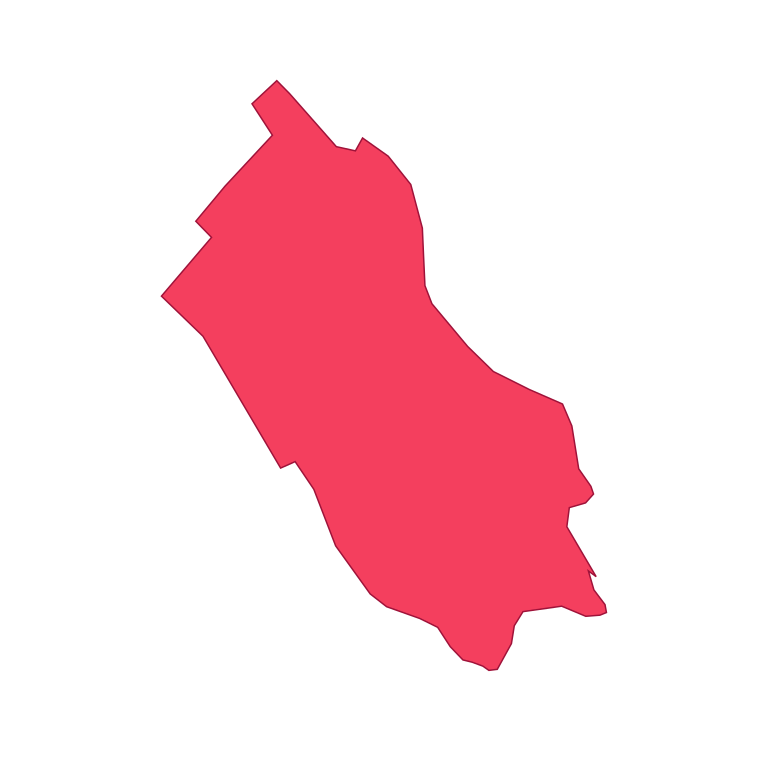 the border of Jaunjelgavas, rotated 57°
{"feature_id": "LVA-5732", "entity_name": "Jaunjelgavas", "entity_type": "Municipality", "adm_level": 1, "iso_a3": "LVA", "parent_name": "Latvia", "parent_adm1": "", "projection": "robinson", "projection_center": [25.345, 56.517], "detail": "fine", "context": "isolated", "style": "filled", "palette": "rose", "viewbox_px": 768, "rotation_deg": 57, "n_neighbors": 0, "source": "natural_earth", "source_scale": "10m", "svg_char_len": 838}
<svg xmlns="http://www.w3.org/2000/svg" viewBox="0 0 768 768"><g transform="rotate(57 384 384)"><path d="M71.2,308.7L89.3,305.0L159.0,294.7L172.9,281.0L166.0,268.0L195.2,256.4L231.3,252.9L250.8,259.3L274.1,266.9L298.7,281.4L323.8,296.1L342.8,300.1L398.1,293.4L433.1,285.5L467.8,265.1L498.0,245.2L521.5,249.3L561.2,266.9L582.5,266.2L590.4,268.2L593.5,279.7L588.6,295.9L603.3,308.4L661.1,311.0L652.1,314.4L671.0,320.1L689.4,318.8L696.8,321.9L695.5,328.8L688.7,341.3L667.1,356.0L650.6,391.4L657.7,406.4L671.1,418.5L685.0,444.4L681.3,452.0L674.4,454.8L665.2,461.7L658.4,468.1L640.4,471.5L617.3,471.5L600.0,481.8L572.2,503.1L552.6,509.9L493.4,512.7L434.1,500.2L400.7,500.8L398.2,516.5L245.4,509.8L189.1,522.8L167.1,448.8L145.0,453.2L131.5,409.6L114.6,342.1L77.1,342.1L71.2,308.7Z" fill="#f43f5e" stroke="#9f1239" stroke-width="1.5"/></g></svg>